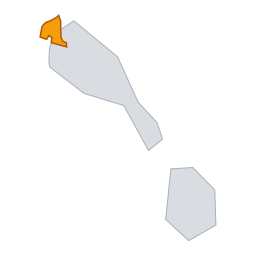 location of Saint Paul Capesterre within Saint Kitts and Nevis
{"feature_id": "KNA-5107", "entity_name": "Saint Paul Capesterre", "entity_type": "Parish", "adm_level": 1, "iso_a3": "KNA", "parent_name": "Saint Kitts and Nevis", "parent_adm1": "", "projection": "equal_earth", "projection_center": [-62.833, 17.388], "detail": "fine", "context": "in_parent", "style": "filled", "palette": "amber", "viewbox_px": 256, "rotation_deg": 0, "n_neighbors": 0, "source": "natural_earth", "source_scale": "10m", "svg_char_len": 612}
<svg xmlns="http://www.w3.org/2000/svg" viewBox="0 0 256 256"><path d="M162.5,139.2L148.5,150.5L123.9,105.6L84.0,93.4L49.7,66.9L48.9,61.2L49.5,47.9L56.1,32.6L73.7,20.8L117.5,56.7L138.1,102.1L157.2,122.9L162.5,139.2ZM215.9,225.1L188.7,240.6L165.7,219.5L170.9,168.9L192.8,167.5L214.8,190.0L215.9,225.1Z" fill="#d9dde1" stroke="#a8b0b8" stroke-width="1"/><path d="M40.1,37.0L42.0,26.6L44.1,24.1L45.6,22.7L47.2,21.9L49.8,21.1L56.4,17.5L58.7,15.4L60.7,21.4L60.7,28.5L61.0,37.0L62.8,41.3L66.3,42.7L66.7,46.9L51.2,42.7L51.9,37.5L48.8,35.6L46.6,39.4L40.1,37.0Z" fill="#f59e0b" stroke="#b45309" stroke-width="1.5"/></svg>